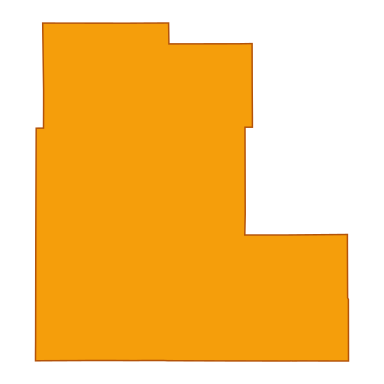 the district of Otero, New Mexico, United States of America
{"feature_id": "52423323B11196773939758", "entity_name": "Otero", "entity_type": "district", "adm_level": 2, "iso_a3": "USA", "parent_name": "United States of America", "parent_adm1": "New Mexico", "projection": "robinson", "projection_center": [-105.633, 32.696], "detail": "fine", "context": "isolated", "style": "filled", "palette": "amber", "viewbox_px": 384, "rotation_deg": 0, "n_neighbors": 0, "source": "geoboundaries", "source_scale": "gbopen_adm2", "svg_char_len": 755}
<svg xmlns="http://www.w3.org/2000/svg" viewBox="0 0 384 384"><path d="M347.4,234.5L286.6,235.0L244.8,235.0L245.2,214.1L245.0,127.2L252.4,127.2L252.4,117.3L252.2,85.8L252.1,43.6L239.0,43.8L168.9,43.9L168.6,23.0L167.3,23.0L127.0,23.2L42.7,23.1L43.6,89.8L43.6,105.2L43.5,128.1L36.2,128.2L35.8,235.5L35.6,341.2L35.5,355.5L35.5,360.8L46.0,360.7L46.5,360.7L48.6,360.7L70.6,360.6L71.6,360.6L75.5,360.6L87.0,360.5L102.4,360.5L113.1,360.5L133.0,360.6L136.0,360.6L142.6,360.5L163.7,360.5L167.7,360.7L229.5,360.9L229.9,360.9L237.4,360.9L285.8,361.0L286.6,361.0L287.0,361.0L290.1,361.0L290.5,360.9L293.2,361.0L301.3,360.9L301.6,360.9L334.0,361.0L348.5,361.0L348.4,299.5L347.6,297.8L347.4,243.4L347.4,234.5Z" fill="#f59e0b" stroke="#b45309" stroke-width="1.5"/></svg>